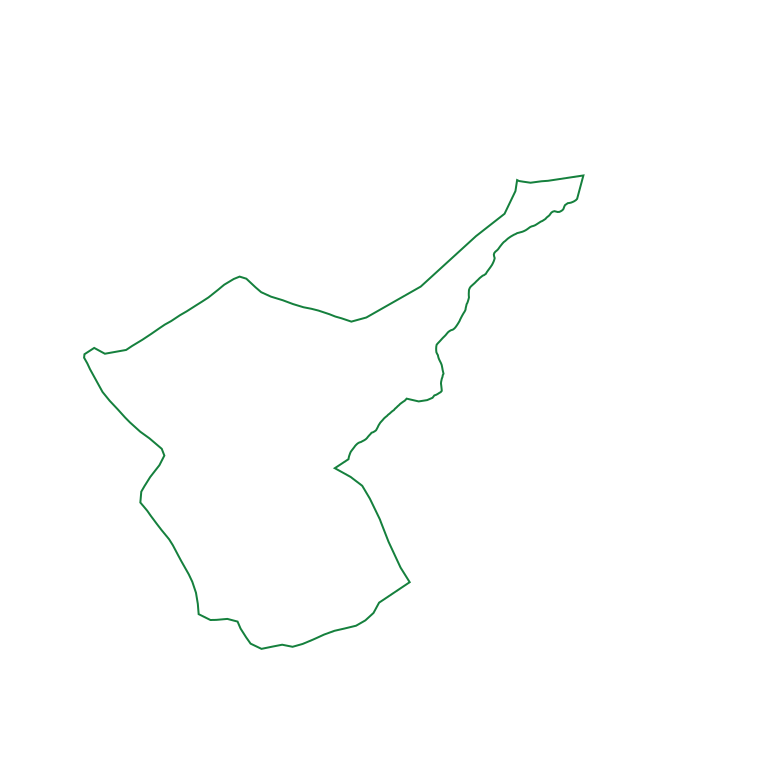 Dhibain, Amran, Yemen (orthographic projection), rotated 327°
{"feature_id": "15242507B1655282160159", "entity_name": "Dhibain", "entity_type": "district", "adm_level": 2, "iso_a3": "YEM", "parent_name": "Yemen", "parent_adm1": "Amran", "projection": "orthographic", "projection_center": [44.211, 16.011], "detail": "fine", "context": "isolated", "style": "outline", "palette": "green", "viewbox_px": 768, "rotation_deg": 327, "n_neighbors": 0, "source": "geoboundaries", "source_scale": "gbopen_adm2", "svg_char_len": 4054}
<svg xmlns="http://www.w3.org/2000/svg" viewBox="0 0 768 768"><g transform="rotate(327 384 384)"><path d="M606.7,285.5L599.3,293.8L577.8,306.9L541.7,310.1L467.9,322.3L405.4,318.6L390.6,313.9L384.1,305.7L379.9,300.9L376.2,295.7L369.0,286.7L364.1,281.4L358.3,275.8L351.3,267.5L344.7,258.6L336.8,249.2L331.0,240.1L328.9,232.9L325.9,220.7L321.4,215.3L315.2,214.1L304.1,213.7L301.3,214.0L296.4,214.6L283.9,215.8L276.4,215.8L269.3,215.7L258.1,215.6L250.4,215.2L239.8,215.3L232.5,214.8L226.4,214.9L216.1,215.2L205.5,215.3L193.4,214.9L186.3,215.0L166.4,206.6L160.6,195.9L149.0,195.9L146.8,198.6L146.4,205.1L145.5,211.5L143.6,237.4L144.8,248.7L146.9,260.3L148.6,271.0L150.0,277.8L153.6,291.3L157.6,301.6L157.8,302.2L162.3,317.3L160.8,324.4L151.4,329.8L144.4,332.2L137.2,334.7L127.3,339.3L121.8,342.1L115.1,350.7L116.4,361.3L116.6,367.4L117.3,378.0L117.9,385.5L119.2,397.1L119.1,404.2L118.0,416.4L117.5,422.4L116.6,437.3L115.5,445.5L112.6,456.7L108.1,467.0L103.2,476.1L109.9,487.4L114.9,490.5L124.7,495.7L131.8,503.5L130.5,511.0L130.4,521.4L130.7,529.1L131.0,529.6L137.0,539.4L147.2,543.4L156.6,547.2L164.2,554.6L174.2,557.7L185.2,559.7L189.7,560.4L197.2,561.5L208.0,564.0L212.9,565.8L217.8,567.6L228.9,571.5L239.6,572.1L250.5,570.3L260.8,564.7L297.6,564.2L297.9,547.0L301.9,518.7L306.2,498.0L306.8,495.4L309.7,472.5L310.3,457.5L306.4,446.6L305.5,444.0L297.9,429.7L296.9,427.8L299.9,427.8L313.3,427.7L314.0,426.9L315.2,425.7L316.6,424.6L317.9,423.6L319.3,422.7L321.2,422.0L322.9,421.4L324.6,420.8L326.1,420.2L327.7,419.8L329.5,419.5L331.4,419.6L333.1,420.1L334.8,420.2L336.6,420.4L338.6,420.4L340.2,420.1L341.9,419.5L343.7,419.0L345.4,418.6L347.0,418.1L348.6,418.5L350.4,418.6L352.1,418.5L353.8,417.6L355.4,416.7L356.8,415.8L358.3,415.1L359.8,414.4L361.7,413.9L363.6,413.4L365.2,412.9L367.1,412.6L369.2,412.4L370.8,412.0L372.5,411.9L374.2,411.6L376.3,411.3L378.0,411.3L379.9,410.7L381.6,410.5L383.4,410.1L385.0,409.9L386.7,409.5L386.8,409.5L388.4,409.4L390.2,409.3L392.3,409.3L394.0,408.9L395.0,408.6L403.6,417.5L411.4,421.0L417.2,422.0L420.0,421.0L420.4,421.1L422.0,421.5L423.7,421.6L425.4,421.6L427.1,421.7L428.7,421.2L429.5,419.8L430.4,418.0L431.3,416.2L432.0,414.7L433.0,413.4L434.1,412.3L435.4,411.0L436.8,410.0L438.1,408.6L439.5,407.8L440.2,405.9L440.8,404.2L441.5,402.6L442.1,401.1L442.7,399.6L443.1,397.8L443.3,396.1L443.5,394.3L443.8,392.4L444.3,390.7L444.9,389.2L445.0,387.5L445.2,386.0L446.1,384.2L447.1,382.6L448.3,381.0L449.6,379.7L451.3,379.2L453.4,378.7L455.0,378.3L456.8,377.8L458.8,377.3L460.4,377.0L462.2,376.6L464.4,375.9L466.2,375.4L467.9,375.3L469.6,375.4L471.2,375.9L473.1,375.8L474.7,375.4L476.3,374.8L478.2,374.0L480.1,373.1L481.7,372.3L483.0,371.4L484.9,370.3L486.3,369.5L488.0,368.6L489.6,367.8L491.2,367.1L492.8,366.1L494.0,364.7L495.5,363.3L496.7,362.1L498.2,361.3L499.7,360.1L501.0,359.0L502.4,357.7L503.3,356.0L504.3,354.4L505.4,352.9L506.4,351.5L508.0,350.3L509.6,349.6L511.9,349.2L513.9,348.9L515.7,348.6L517.3,348.2L519.6,347.8L521.8,347.3L523.6,347.1L523.8,347.1L525.7,346.9L527.4,347.2L528.4,347.1L529.4,347.1L530.9,346.3L532.9,345.5L535.3,344.6L536.9,344.0L538.3,343.4L539.3,343.0L540.9,342.1L542.8,340.9L544.2,339.8L545.4,338.7L545.9,336.9L546.5,335.4L547.7,334.3L549.4,333.7L551.3,333.5L552.9,333.2L554.7,332.5L556.2,331.9L557.7,331.4L559.8,330.7L561.7,330.2L563.5,330.1L565.2,329.8L567.1,329.5L569.4,329.4L571.1,329.4L572.8,329.5L574.4,329.6L576.1,329.9L577.9,330.0L579.6,330.6L581.2,331.1L583.1,331.7L584.8,332.0L586.6,332.2L588.4,332.2L590.1,332.1L591.5,332.0L592.0,332.0L593.6,332.2L595.1,332.7L596.8,333.1L598.5,333.2L600.4,333.2L602.1,333.2L603.9,333.2L605.6,333.5L607.4,333.5L609.3,333.5L611.0,333.0L612.9,332.8L614.6,332.6L616.1,332.0L617.8,331.4L619.5,331.4L621.1,331.9L622.2,333.1L623.3,334.3L624.9,335.2L626.6,335.4L628.3,335.4L629.9,334.9L631.4,333.7L633.1,332.6L634.8,332.5L635.6,332.5L636.5,332.4L638.0,333.1L639.5,333.7L641.4,334.1L643.0,334.3L645.1,334.3L646.8,333.9L664.8,317.7L632.2,302.9L626.6,299.8L616.5,295.0L610.9,290.1L607.8,287.3L606.7,285.5Z" fill="none" stroke="#15803d" stroke-width="2"/></g></svg>